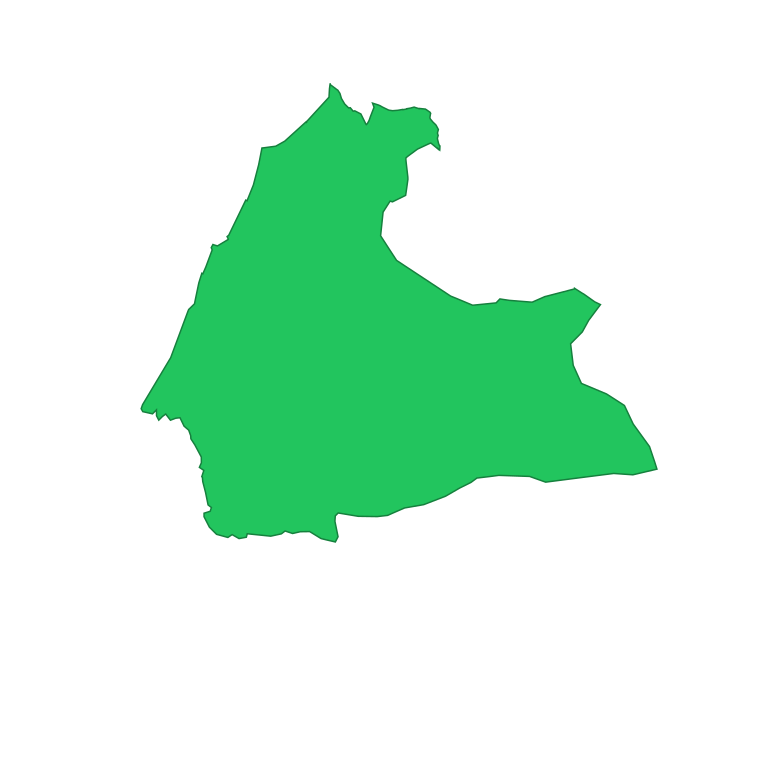 Commonwealth 1, Montserrado, Liberia (Natural Earth projection), rotated 135°
{"feature_id": "62588387B86192689871255", "entity_name": "Commonwealth 1", "entity_type": "district", "adm_level": 2, "iso_a3": "LBR", "parent_name": "Liberia", "parent_adm1": "Montserrado", "projection": "natural_earth1", "projection_center": [-10.681, 6.392], "detail": "fine", "context": "isolated", "style": "filled", "palette": "green", "viewbox_px": 768, "rotation_deg": 135, "n_neighbors": 0, "source": "geoboundaries", "source_scale": "gbopen_adm2", "svg_char_len": 2835}
<svg xmlns="http://www.w3.org/2000/svg" viewBox="0 0 768 768"><g transform="rotate(135 384 384)"><path d="M251.2,130.8L247.5,137.9L240.5,152.0L236.1,179.5L229.2,198.8L233.0,216.5L233.7,219.6L244.0,244.8L242.7,248.3L237.0,263.4L223.6,280.5L207.0,280.6L194.2,284.3L174.8,287.1L176.9,293.1L179.1,306.1L179.7,308.3L181.6,316.9L182.0,316.5L207.4,331.4L208.3,332.0L221.4,337.1L236.3,354.6L241.1,361.1L241.9,362.2L247.4,362.1L265.6,377.0L272.2,393.1L274.7,399.0L285.8,453.1L287.7,462.5L284.8,476.3L281.6,491.2L263.1,506.2L250.4,509.0L249.2,506.8L235.3,502.1L230.2,505.9L229.0,506.8L222.4,511.8L220.8,513.5L211.5,525.2L209.6,527.5L208.5,528.4L206.3,528.2L203.4,527.8L194.2,526.4L182.6,522.2L180.5,521.3L179.6,511.7L179.3,512.0L179.3,511.6L179.2,510.0L178.7,510.4L176.2,512.7L176.4,512.9L175.5,515.2L172.9,519.5L172.5,520.0L169.9,521.5L169.8,521.8L168.8,523.6L168.2,524.0L165.6,525.5L164.4,529.4L164.1,530.7L164.2,534.6L163.8,538.8L163.1,540.0L160.6,541.8L159.6,542.4L159.5,543.0L159.3,543.6L160.1,548.2L160.3,548.8L160.3,549.1L164.2,553.9L164.5,553.8L165.3,555.4L165.5,555.7L166.9,558.5L170.2,560.4L173.3,562.6L173.5,562.4L176.7,564.6L176.6,564.9L180.6,567.7L184.7,571.2L187.0,574.3L189.3,581.0L190.0,583.6L190.8,585.5L193.5,590.7L195.4,586.7L199.7,584.8L204.7,582.6L205.9,582.0L208.2,580.9L211.6,579.9L213.1,580.0L212.9,581.0L209.4,591.3L211.5,597.8L212.9,598.7L212.5,603.2L213.8,604.2L213.8,609.8L212.2,616.0L209.7,620.6L208.9,624.5L209.1,625.3L210.3,633.7L209.4,634.7L213.7,631.4L220.1,625.7L222.0,625.6L252.0,624.3L253.8,624.4L253.8,623.1L254.0,624.5L282.5,625.9L292.4,628.7L302.6,636.5L303.4,637.2L313.5,630.4L317.7,627.6L335.6,617.1L351.3,610.4L351.7,611.8L352.3,611.6L388.5,599.0L390.0,599.1L390.7,599.2L391.6,596.6L392.0,596.4L404.1,599.4L405.8,602.5L406.3,603.6L409.7,602.6L410.7,600.3L427.1,592.8L434.2,590.0L434.5,591.1L443.5,586.4L457.1,577.5L461.3,574.7L469.4,574.8L471.1,574.1L516.3,553.4L518.4,552.9L569.3,540.1L573.2,538.2L574.1,535.0L568.8,526.6L563.2,526.6L567.3,522.4L568.8,517.7L563.7,517.7L559.6,517.1L560.6,509.4L555.5,507.1L552.1,504.4L555.2,495.5L554.7,489.5L557.2,484.2L559.3,481.8L560.8,474.7L564.8,461.6L567.2,459.1L568.9,457.4L573.5,455.6L572.5,450.3L578.4,447.3L578.4,446.4L579.6,445.0L581.2,443.1L586.8,433.6L593.9,422.9L593.4,418.7L596.9,416.9L602.6,419.9L605.1,417.4L608.7,406.2L608.7,396.1L602.9,385.9L597.9,384.9L595.8,377.2L589.7,373.0L586.6,374.8L571.7,356.5L562.5,350.6L557.9,350.0L554.3,342.9L547.6,338.7L540.9,332.2L537.8,319.2L534.7,314.1L530.1,306.7L524.5,308.5L515.8,321.6L511.7,325.2L507.6,325.2L495.8,308.7L482.5,295.0L474.3,288.5L469.3,286.6L457.1,281.8L441.2,270.6L419.7,261.1L404.3,257.0L392.0,252.9L384.8,251.8L374.8,243.9L367.4,238.2L346.4,215.7L342.9,208.3L339.1,200.3L333.9,196.3L308.4,176.6L284.8,158.3L272.2,143.8L251.2,130.8Z" fill="#22c55e" stroke="#15803d" stroke-width="1.5"/></g></svg>